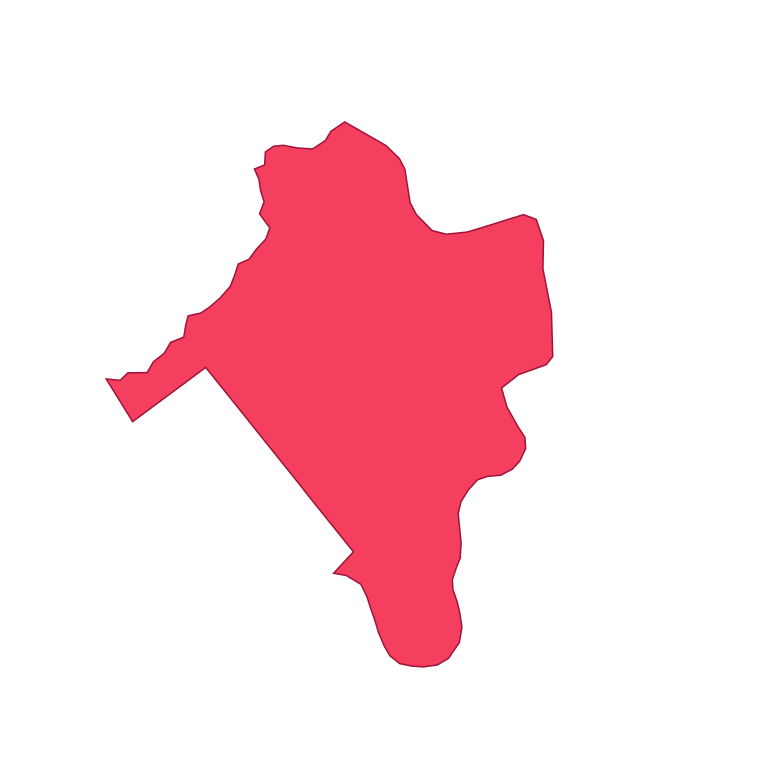 outline of Nova Pádua, Rio Grande do Sul, Brazil, rotated 142°
{"feature_id": "56859067B79923254105734", "entity_name": "Nova Pádua", "entity_type": "district", "adm_level": 2, "iso_a3": "BRA", "parent_name": "Brazil", "parent_adm1": "Rio Grande do Sul", "projection": "albers", "projection_center": [-51.311, -28.996], "detail": "fine", "context": "isolated", "style": "filled", "palette": "rose", "viewbox_px": 768, "rotation_deg": 142, "n_neighbors": 0, "source": "geoboundaries", "source_scale": "gbopen_adm2", "svg_char_len": 1335}
<svg xmlns="http://www.w3.org/2000/svg" viewBox="0 0 768 768"><g transform="rotate(142 384 384)"><path d="M304.8,267.1L301.3,290.1L293.8,308.5L272.1,308.5L244.1,299.3L234.1,301.8L207.9,337.4L187.8,377.0L170.1,398.7L162.7,420.0L169.8,431.6L181.7,436.1L215.4,448.8L225.0,452.6L242.6,463.6L251.6,475.2L254.2,497.6L251.8,510.8L235.2,540.6L233.1,552.2L235.6,570.6L253.6,614.7L270.3,615.8L280.2,612.0L295.5,613.1L306.8,623.2L316.4,634.1L324.5,639.3L334.6,639.9L343.2,630.1L353.8,633.2L356.5,622.3L362.2,612.4L366.3,601.4L377.3,594.7L377.9,577.3L387.8,571.0L401.7,568.8L413.5,565.4L425.0,568.3L434.4,561.8L445.0,555.6L460.2,552.7L473.6,552.0L484.7,552.7L496.3,558.3L504.3,552.2L512.9,544.2L526.4,548.2L538.5,543.5L552.0,543.5L563.6,538.8L579.0,550.5L589.6,549.3L599.8,559.0L605.3,509.1L514.3,506.8L513.5,449.9L513.3,428.7L512.4,358.6L512.4,341.8L511.4,270.6L540.2,265.9L531.6,256.3L525.5,240.2L528.5,226.5L532.6,215.6L536.5,203.9L541.2,191.9L545.1,177.5L546.7,166.1L543.8,154.0L536.1,144.9L527.1,136.8L515.0,129.8L502.0,128.1L483.8,133.9L472.3,144.4L465.2,156.9L460.3,167.7L456.2,179.7L450.5,187.8L440.1,194.7L431.1,199.9L420.9,211.5L412.3,225.2L405.3,236.2L395.9,243.8L382.4,248.7L369.2,250.9L359.6,247.6L348.1,240.2L335.2,237.9L324.4,239.7L312.0,246.0L305.8,255.2L304.8,267.1Z" fill="#f43f5e" stroke="#9f1239" stroke-width="1.5"/></g></svg>